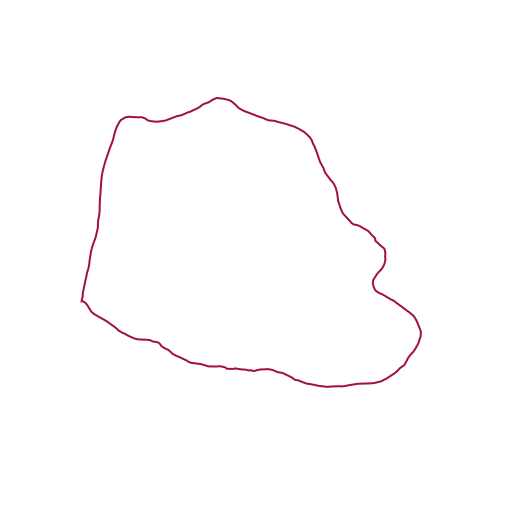 Akurdet, Gash Barka, Eritrea, rotated 29°
{"feature_id": "51966322B85187004782812", "entity_name": "Akurdet", "entity_type": "district", "adm_level": 2, "iso_a3": "ERI", "parent_name": "Eritrea", "parent_adm1": "Gash Barka", "projection": "mercator", "projection_center": [37.945, 15.559], "detail": "fine", "context": "isolated", "style": "outline", "palette": "rose", "viewbox_px": 512, "rotation_deg": 29, "n_neighbors": 0, "source": "geoboundaries", "source_scale": "gbopen_adm2", "svg_char_len": 4956}
<svg xmlns="http://www.w3.org/2000/svg" viewBox="0 0 512 512"><g transform="rotate(29 256 256)"><path d="M297.8,163.4L296.3,161.4L292.9,157.9L292.2,157.4L289.6,155.5L287.8,154.5L284.3,153.3L280.5,151.6L276.7,149.9L276.1,149.6L275.4,149.1L272.3,146.3L269.9,144.9L266.5,142.7L263.7,140.2L260.8,137.6L259.6,136.4L257.2,134.4L253.8,131.6L251.2,130.0L248.8,127.8L246.0,126.3L241.5,124.9L237.8,124.2L231.8,124.0L226.6,124.3L223.9,124.9L218.5,125.9L214.9,126.8L211.4,127.8L206.4,128.9L201.3,131.2L197.6,131.8L195.6,131.8L192.8,132.4L189.3,133.0L186.5,133.3L183.9,133.7L179.6,134.3L175.7,134.9L172.7,135.0L169.2,135.0L166.0,134.0L162.8,133.2L160.3,132.8L159.0,132.6L156.7,132.8L151.6,134.1L148.0,135.6L145.1,136.8L143.4,138.8L141.8,141.3L140.0,144.6L137.0,147.9L135.7,149.8L134.4,153.2L132.6,156.1L130.6,158.7L128.4,161.8L126.5,163.7L124.8,166.2L122.4,169.1L119.3,171.8L116.5,175.0L114.7,177.2L111.2,181.4L107.7,184.1L104.1,186.7L99.5,188.7L96.1,189.8L92.4,189.4L89.1,189.9L83.4,193.0L81.3,194.0L77.5,195.7L74.4,198.2L71.9,202.7L71.6,204.4L71.6,207.0L71.6,210.2L72.3,214.9L73.3,219.0L74.6,223.6L75.3,228.0L75.7,231.2L76.0,233.1L76.8,237.5L77.5,241.4L78.2,245.7L79.4,250.8L80.8,256.2L82.7,261.7L85.1,267.1L87.0,271.3L89.4,276.1L91.3,280.6L93.3,284.6L96.0,289.9L96.4,290.5L98.3,294.4L99.6,298.0L100.7,301.3L101.8,303.8L104.0,307.9L104.6,310.1L105.6,313.7L106.4,316.3L107.0,319.0L107.4,322.1L108.4,327.8L109.5,331.9L111.6,337.8L111.9,338.6L112.7,340.8L113.7,343.0L114.7,345.6L115.6,348.7L116.3,352.5L117.8,357.0L119.5,362.8L120.7,366.5L121.0,367.6L121.6,369.3L122.1,371.2L122.8,373.1L124.0,375.3L124.6,377.9L125.5,380.2L126.0,379.8L127.3,379.5L128.9,379.6L129.6,379.7L130.8,380.2L132.2,380.7L132.9,381.1L133.6,381.5L135.3,382.6L136.4,383.1L137.1,383.4L138.5,384.4L139.7,384.7L141.2,385.0L142.8,385.3L144.3,385.3L146.5,385.3L148.3,385.4L150.4,385.4L154.8,385.4L155.6,385.4L157.3,385.5L160.6,385.9L163.1,386.2L166.2,386.5L169.5,387.1L172.1,387.9L174.0,387.8L176.3,388.0L178.9,387.5L180.9,387.7L182.7,387.7L185.9,387.4L186.6,387.4L190.1,387.0L193.0,386.2L196.5,384.5L198.7,383.4L201.4,382.0L204.2,381.0L207.6,380.7L210.6,379.5L211.9,379.1L213.3,379.1L215.7,379.9L216.4,380.4L217.2,380.7L218.6,380.8L221.4,380.9L224.6,380.6L228.4,381.4L229.7,381.9L231.3,382.0L234.1,382.0L238.4,381.5L241.5,381.3L242.4,381.3L245.0,381.1L246.3,381.0L247.1,381.1L248.0,381.4L249.4,381.1L251.3,380.8L254.1,379.7L256.5,378.7L257.9,378.2L260.4,377.2L261.2,377.1L263.6,376.5L267.9,375.6L271.3,373.8L273.0,372.9L274.6,372.1L277.4,370.1L280.3,369.1L283.1,368.3L285.1,368.8L286.2,368.2L290.7,365.9L292.6,364.2L293.4,364.0L296.9,362.8L299.9,361.4L302.5,360.3L305.8,359.3L307.0,358.3L307.7,358.4L308.7,358.0L310.2,357.5L310.8,356.9L312.2,355.4L313.0,354.6L315.3,352.8L318.0,351.3L321.1,349.2L325.8,347.6L327.2,347.5L329.0,347.3L331.3,347.1L334.7,345.8L337.1,345.3L340.3,345.2L343.6,345.0L346.5,344.9L348.7,345.3L350.2,345.4L353.4,344.2L354.2,344.2L355.2,344.1L356.1,344.0L357.3,343.7L358.1,343.7L359.7,343.4L361.4,343.2L363.3,342.7L365.8,341.6L368.0,341.0L369.3,340.5L371.0,340.0L372.8,339.5L374.5,338.9L376.4,338.1L378.5,337.2L380.7,336.4L382.3,335.6L385.0,333.7L387.7,332.1L390.7,330.3L391.8,329.7L393.1,329.0L394.3,328.4L396.1,327.1L404.4,320.4L405.5,319.6L406.8,318.5L418.7,311.4L420.7,310.0L422.0,308.8L425.2,305.9L426.6,304.3L427.5,303.1L428.1,302.0L429.2,300.6L430.9,297.4L434.3,290.9L434.6,289.9L435.0,289.2L435.3,288.2L435.5,287.4L435.7,286.4L436.0,285.3L436.3,284.3L436.7,283.4L437.0,282.8L437.3,282.2L437.7,281.3L438.1,280.6L438.5,279.9L438.6,277.0L438.6,275.7L438.6,274.9L438.6,273.8L438.4,271.7L438.5,271.1L438.7,270.2L438.7,269.5L438.8,268.5L439.1,267.1L439.6,265.3L440.0,263.4L440.3,260.5L440.3,259.6L440.3,258.3L440.4,256.5L440.4,255.3L440.3,253.9L440.2,252.9L439.3,248.7L439.1,246.8L437.1,242.6L436.2,241.6L435.5,240.9L434.4,240.1L433.2,239.0L431.8,238.0L430.4,236.8L427.2,234.4L424.7,232.9L423.1,232.1L421.8,231.8L416.8,230.8L415.4,230.7L410.0,230.0L408.1,229.7L403.9,229.2L403.2,229.1L402.4,229.0L401.5,228.9L397.9,228.3L396.7,228.4L395.4,228.6L394.8,228.6L394.0,228.6L393.2,228.5L392.4,228.4L391.8,228.4L390.9,228.5L389.8,228.4L386.6,228.3L385.6,228.3L384.2,228.4L382.9,228.6L381.9,228.6L381.0,228.6L380.0,228.6L378.8,228.5L377.7,228.3L377.1,228.1L376.5,227.8L375.9,227.5L375.2,226.9L374.5,226.4L373.9,226.0L372.4,224.4L371.9,223.8L371.1,222.6L370.5,221.2L370.2,220.1L370.4,216.7L370.5,214.6L370.7,212.3L371.9,207.7L372.2,206.4L372.3,205.0L372.3,203.7L372.3,202.2L372.2,200.9L371.9,199.8L371.1,196.7L369.7,194.6L369.0,193.5L368.1,191.3L367.0,189.9L365.6,188.1L364.3,187.3L363.5,187.1L362.4,186.9L358.9,186.3L358.0,186.0L356.8,185.6L353.4,185.0L352.7,184.2L351.0,182.5L347.8,181.8L344.0,180.3L341.5,179.7L338.8,179.7L335.1,179.6L332.0,179.6L329.5,179.9L327.0,180.8L325.7,181.1L323.1,180.7L321.2,179.9L318.3,178.9L314.1,177.6L311.2,176.5L308.5,174.6L306.7,173.1L305.2,171.8L303.6,170.1L301.2,168.2L299.1,165.2L297.8,163.4Z" fill="none" stroke="#9f1239" stroke-width="2"/></g></svg>